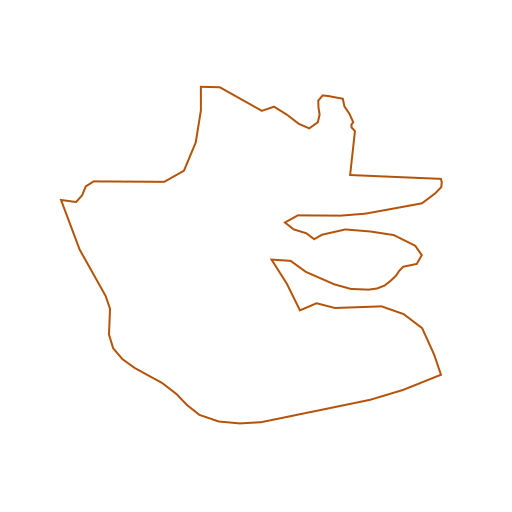 outline of Laguna, rotated 99°
{"feature_id": "PHL-2566", "entity_name": "Laguna", "entity_type": "Province", "adm_level": 1, "iso_a3": "PHL", "parent_name": "Philippines", "parent_adm1": "", "projection": "robinson", "projection_center": [121.266, 14.267], "detail": "fine", "context": "isolated", "style": "outline", "palette": "amber", "viewbox_px": 512, "rotation_deg": 99, "n_neighbors": 0, "source": "natural_earth", "source_scale": "10m", "svg_char_len": 1213}
<svg xmlns="http://www.w3.org/2000/svg" viewBox="0 0 512 512"><g transform="rotate(99 256 256)"><path d="M347.7,60.4L365.2,89.7L380.1,120.6L419.4,225.1L423.9,245.9L425.3,267.0L421.8,287.0L414.1,300.7L404.8,312.9L396.2,328.7L385.7,358.0L378.8,371.8L369.4,382.7L356.6,388.9L331.1,391.9L319.1,398.2L277.1,431.3L231.2,457.3L230.8,442.1L223.2,437.2L213.8,435.0L207.7,428.0L197.1,358.2L183.0,340.5L153.4,333.3L120.8,333.2L97.5,336.9L95.0,318.1L111.7,273.0L105.7,261.5L111.7,247.4L118.8,234.3L121.6,223.4L114.3,215.9L106.5,215.3L99.2,217.6L92.7,218.8L87.0,215.3L86.7,209.9L87.1,194.9L94.5,192.0L101.0,185.9L108.7,180.9L111.2,182.3L114.0,181.8L117.2,177.8L161.3,175.7L156.3,132.2L150.9,85.5L153.9,84.1L159.0,83.8L166.1,88.8L178.0,100.3L197.1,154.7L202.9,178.7L209.3,221.0L218.4,232.7L223.8,223.0L225.7,209.8L230.3,201.2L224.6,194.0L215.8,171.9L213.9,146.8L213.8,123.1L221.0,100.3L229.2,92.4L238.7,96.0L243.6,109.0L248.4,112.3L253.7,114.7L259.6,119.3L265.1,124.4L269.2,131.5L271.6,139.5L273.7,157.1L271.7,174.5L263.9,204.3L255.4,221.0L257.1,240.1L278.7,221.1L302.8,204.1L293.2,188.8L295.0,169.9L286.1,124.1L290.3,101.1L301.3,80.6L325.6,64.6L344.4,54.7L347.7,60.4Z" fill="none" stroke="#b45309" stroke-width="2"/></g></svg>